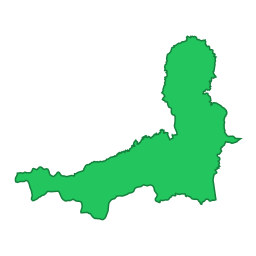 outline of Novo Airão, Amazonas, Brazil
{"feature_id": "56859067B99543147558304", "entity_name": "Novo Airão", "entity_type": "district", "adm_level": 2, "iso_a3": "BRA", "parent_name": "Brazil", "parent_adm1": "Amazonas", "projection": "robinson", "projection_center": [-61.712, -1.802], "detail": "fine", "context": "isolated", "style": "filled", "palette": "green", "viewbox_px": 256, "rotation_deg": 0, "n_neighbors": 0, "source": "geoboundaries", "source_scale": "gbopen_adm2", "svg_char_len": 5907}
<svg xmlns="http://www.w3.org/2000/svg" viewBox="0 0 256 256"><path d="M17.3,173.2L17.3,174.7L15.8,177.5L15.4,179.0L15.6,181.7L17.4,182.4L20.1,181.5L24.2,181.5L25.9,180.4L27.8,181.1L29.1,183.6L30.1,187.6L31.4,190.7L32.3,195.5L31.5,198.4L31.5,199.3L32.5,200.6L33.8,200.6L37.6,198.6L38.9,197.2L40.4,196.8L41.7,195.6L44.1,194.9L45.8,193.5L46.8,192.1L47.9,191.4L51.3,191.7L57.8,191.2L59.1,191.9L61.7,197.9L63.1,199.6L65.0,200.8L66.2,201.0L67.7,200.5L70.1,200.6L73.1,199.2L76.1,201.0L79.2,201.3L81.1,201.9L81.9,203.9L82.2,207.0L80.8,211.6L81.1,212.8L87.4,212.4L89.3,213.6L90.3,213.6L92.7,216.9L94.6,218.4L99.4,218.7L102.6,219.7L104.6,218.6L105.8,216.8L108.0,210.9L108.7,203.9L109.3,202.3L110.8,200.3L112.2,199.3L114.8,198.6L116.7,196.3L120.0,195.7L121.5,196.1L123.6,195.7L127.3,194.3L128.9,193.2L132.0,192.5L133.6,191.4L134.9,188.5L135.7,187.9L137.5,187.1L141.0,186.6L143.4,184.8L147.3,185.8L150.5,184.8L152.8,185.9L153.9,187.6L154.5,190.6L157.4,194.8L157.0,196.2L155.3,198.9L155.5,200.4L156.3,201.2L159.0,202.3L159.7,202.5L160.1,202.1L160.1,200.8L160.5,200.3L163.0,200.6L165.2,199.9L167.3,200.0L168.5,199.6L170.0,197.5L170.8,197.4L171.8,195.8L172.9,195.4L175.1,195.8L175.7,195.5L175.4,194.1L175.8,193.4L177.9,194.3L179.9,194.4L181.3,193.9L185.2,194.0L185.6,196.0L186.2,196.4L186.4,195.9L187.0,195.7L190.5,197.1L191.8,198.7L193.6,199.2L197.5,199.4L198.2,200.0L198.7,201.1L199.7,201.8L200.7,204.0L201.7,204.2L202.1,202.3L204.4,201.1L206.1,199.0L208.6,199.6L209.3,200.8L210.0,201.1L212.4,200.2L213.9,200.3L215.9,199.7L213.0,179.8L213.7,176.0L214.3,174.3L216.7,172.9L216.7,172.2L215.1,170.0L217.2,169.0L217.3,167.8L218.3,168.2L218.9,168.0L218.3,167.0L219.7,166.3L218.7,165.0L218.7,164.4L219.4,163.6L219.1,161.9L218.2,161.2L219.4,160.2L219.9,159.0L219.4,157.5L218.4,157.5L217.0,155.2L217.6,154.3L219.4,154.1L221.6,151.1L220.5,149.5L221.1,148.8L220.9,148.2L221.4,147.2L222.3,147.1L223.0,145.9L224.2,145.2L225.7,141.8L228.1,142.3L229.2,142.1L231.6,143.2L233.0,143.1L237.0,141.7L237.2,141.1L240.6,138.7L235.2,138.4L234.7,137.5L233.0,136.2L228.6,136.4L227.2,135.8L224.6,132.2L225.0,130.4L224.4,129.4L224.1,126.9L224.1,124.0L224.6,122.4L224.0,120.2L225.0,116.3L225.8,116.0L225.9,115.1L226.7,114.1L226.8,112.0L226.3,111.3L226.2,110.4L224.0,108.1L222.3,107.3L221.1,105.9L216.4,103.1L213.9,102.7L212.8,103.1L211.8,104.9L210.9,105.0L211.4,102.5L209.8,102.2L209.5,101.7L210.9,100.3L210.2,96.9L208.1,95.1L207.8,93.4L206.1,93.2L205.0,94.0L203.1,93.8L203.6,91.5L204.9,91.3L205.4,90.1L206.7,89.3L207.6,90.1L208.7,89.9L209.4,90.1L210.5,88.8L210.5,88.3L209.7,87.3L209.7,86.9L210.7,86.4L210.0,85.3L210.3,83.5L209.3,81.5L209.6,81.0L210.9,81.8L211.5,80.4L211.5,78.1L211.9,77.7L213.7,78.1L214.6,77.2L215.9,77.1L215.8,76.4L214.6,75.2L213.5,73.3L213.2,71.6L213.9,71.2L215.0,64.2L214.7,62.9L215.5,61.0L215.1,59.3L215.5,58.4L215.1,57.7L215.9,57.0L214.0,56.4L214.6,55.7L215.0,54.4L214.4,53.8L213.9,54.2L213.7,53.5L212.8,53.3L212.8,50.2L212.1,49.8L209.8,49.6L209.4,46.7L208.8,46.2L207.3,46.6L205.8,44.9L205.9,44.4L205.3,43.8L205.7,42.0L205.1,40.0L204.0,40.6L203.3,40.2L201.8,40.8L201.1,40.7L199.3,40.0L198.9,39.5L197.3,39.6L196.8,38.9L196.4,37.4L194.8,36.4L193.5,37.0L192.5,36.3L191.5,36.6L190.9,36.4L190.8,37.4L190.3,37.6L187.3,36.3L186.6,37.3L187.1,38.5L186.6,39.2L186.7,40.1L186.3,40.8L183.5,41.8L182.1,41.8L180.4,43.3L178.5,43.3L175.5,45.5L173.9,45.8L174.2,47.0L174.0,47.3L172.4,47.4L171.9,47.8L170.7,51.7L169.1,53.5L167.5,54.4L166.7,57.9L166.7,59.9L167.4,61.0L166.2,62.1L166.5,63.9L165.2,64.9L164.6,67.2L165.1,68.5L164.8,70.5L166.6,70.5L167.1,71.1L167.0,71.9L166.1,72.4L167.0,73.7L167.1,76.0L166.9,76.6L164.9,77.3L164.8,77.7L165.6,78.6L164.8,79.4L165.6,80.7L164.7,82.6L164.7,83.5L165.3,84.6L164.3,85.3L163.0,89.4L163.1,90.9L161.8,92.8L162.8,93.3L164.4,95.4L164.7,96.5L163.5,97.5L162.4,99.4L163.4,100.3L164.7,100.4L165.2,101.8L167.4,102.1L167.7,104.3L168.7,107.0L170.9,108.0L171.4,108.7L171.3,112.3L171.7,113.6L172.5,114.6L174.5,115.3L175.1,116.4L175.1,121.8L174.4,125.6L174.7,127.4L176.8,132.3L177.0,134.6L172.7,135.3L172.3,134.9L172.2,135.4L173.0,137.2L172.7,138.3L171.5,138.6L169.9,139.8L167.5,134.5L167.9,133.6L167.7,132.8L165.2,132.5L164.5,133.2L164.0,133.2L163.6,132.5L164.0,130.9L163.4,130.5L163.5,130.3L163.0,130.3L162.6,129.8L162.3,130.3L161.5,130.3L161.1,129.7L160.2,130.6L160.6,131.8L160.2,132.9L159.4,132.8L158.5,134.3L157.7,134.1L157.2,134.5L156.5,133.7L156.4,134.6L156.0,134.8L155.5,134.0L155.1,134.0L153.7,135.2L153.4,136.3L152.5,136.4L151.7,137.6L151.1,137.5L150.7,138.1L150.1,137.8L149.4,136.7L148.3,136.5L147.8,137.5L146.0,137.3L146.4,136.0L145.9,135.7L143.7,136.8L143.5,137.3L144.0,137.5L143.5,138.2L142.5,137.5L142.2,138.0L143.2,139.0L141.5,139.8L140.6,142.0L140.1,142.6L139.6,142.5L139.0,143.7L138.1,144.1L137.9,143.5L137.3,143.8L137.4,141.9L136.4,141.2L135.8,140.2L134.2,142.0L133.7,143.8L133.9,144.2L133.5,144.5L134.7,146.0L133.7,146.4L132.4,145.7L131.9,145.8L131.8,147.5L129.7,149.1L129.4,150.5L128.9,151.2L128.3,150.6L127.7,151.1L127.5,150.3L126.9,150.9L125.6,150.4L124.8,152.3L124.0,151.3L122.5,152.0L122.0,151.8L121.9,152.4L120.6,153.2L120.0,152.4L119.1,152.7L118.7,153.1L118.9,153.7L117.9,153.6L117.4,154.5L116.9,154.5L116.8,155.6L115.2,156.3L114.8,155.9L113.9,156.8L113.3,156.6L111.8,157.3L111.3,157.1L110.6,157.3L108.3,159.0L106.6,159.3L106.1,160.2L104.3,161.2L103.2,161.1L102.8,161.6L102.1,161.7L100.0,161.4L98.2,162.2L97.3,161.6L96.2,162.0L94.1,161.5L93.0,162.4L91.8,162.5L91.2,163.2L89.9,163.7L89.5,164.5L87.1,164.7L85.7,165.6L83.9,168.9L83.7,170.1L82.6,171.0L77.7,172.5L75.8,173.9L74.6,173.7L74.2,175.9L71.4,175.5L66.5,176.7L64.4,176.0L62.1,175.9L60.7,174.8L59.3,172.6L58.3,172.1L57.4,172.5L56.0,174.5L53.8,176.4L52.5,176.3L50.4,175.0L49.6,174.0L48.8,171.0L47.8,169.2L46.5,168.8L43.9,169.4L41.6,167.4L40.4,167.0L39.4,167.2L37.3,169.4L36.5,169.6L33.6,168.5L32.8,168.8L31.6,171.7L30.1,172.8L26.9,172.8L25.0,172.2L22.9,173.2L20.4,172.8L17.3,173.2Z" fill="#22c55e" stroke="#15803d" stroke-width="1.5"/></svg>